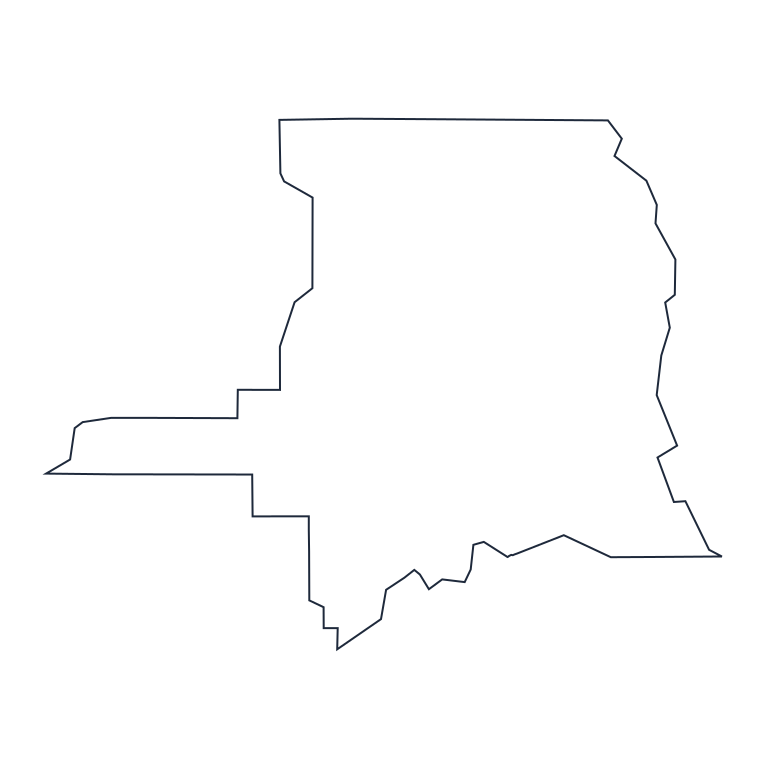 St. Landry, Louisiana, United States of America (Albers equal-area conic projection)
{"feature_id": "52423323B7471592660560", "entity_name": "St. Landry", "entity_type": "district", "adm_level": 2, "iso_a3": "USA", "parent_name": "United States of America", "parent_adm1": "Louisiana", "projection": "albers", "projection_center": [-92.032, 30.574], "detail": "fine", "context": "isolated", "style": "outline", "palette": "slate", "viewbox_px": 768, "rotation_deg": 0, "n_neighbors": 0, "source": "geoboundaries", "source_scale": "gbopen_adm2", "svg_char_len": 975}
<svg xmlns="http://www.w3.org/2000/svg" viewBox="0 0 768 768"><path d="M279.4,119.9L280.4,173.4L284.1,181.4L312.6,197.6L312.4,288.2L294.6,302.2L279.9,346.6L280.0,389.9L237.8,389.8L237.4,418.2L157.0,417.9L110.9,417.9L82.7,422.1L74.7,428.1L70.1,459.5L46.1,473.6L112.2,474.3L235.9,474.5L252.2,474.5L252.6,516.4L308.8,516.3L308.8,530.0L309.1,551.4L309.3,600.4L323.6,607.2L323.7,628.1L337.7,628.1L337.2,649.3L381.0,619.1L386.1,589.8L404.4,577.7L414.3,569.9L419.9,574.5L428.9,589.2L442.2,579.4L464.7,582.1L470.7,569.5L473.4,544.8L483.8,541.9L506.9,556.6L507.4,557.0L508.2,556.7L509.0,556.0L511.2,554.9L512.8,555.2L514.6,554.4L517.2,553.5L563.8,535.2L610.8,557.2L650.5,557.0L721.9,556.5L709.1,549.8L685.4,501.2L673.9,502.0L657.5,457.5L677.1,445.6L656.7,395.1L661.3,355.5L669.8,327.7L665.2,302.5L674.8,294.8L675.4,259.5L655.5,223.4L656.8,204.9L646.4,180.7L614.5,156.0L621.8,138.7L607.9,120.4L431.3,119.2L352.0,118.7L279.4,119.9Z" fill="none" stroke="#1e293b" stroke-width="2"/></svg>